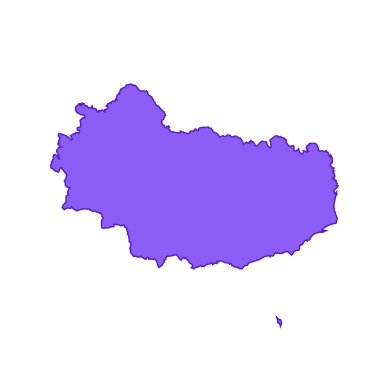 Annobon, Annobón, Equatorial Guinea (Albers equal-area conic projection), rotated 112°
{"feature_id": "11065452B47830871634702", "entity_name": "Annobon", "entity_type": "district", "adm_level": 2, "iso_a3": "GNQ", "parent_name": "Equatorial Guinea", "parent_adm1": "Annobón", "projection": "albers", "projection_center": [5.634, -1.431], "detail": "fine", "context": "isolated", "style": "filled", "palette": "violet", "viewbox_px": 384, "rotation_deg": 112, "n_neighbors": 0, "source": "geoboundaries", "source_scale": "gbopen_adm2", "svg_char_len": 6073}
<svg xmlns="http://www.w3.org/2000/svg" viewBox="0 0 384 384"><g transform="rotate(112 192 192)"><path d="M117.3,292.9L119.4,292.9L120.5,294.1L123.5,296.6L126.0,296.4L127.6,296.8L127.6,296.1L129.1,296.7L129.9,297.7L134.2,297.2L134.8,296.3L135.0,297.7L136.4,297.3L137.0,298.2L137.3,299.6L138.9,300.5L140.0,300.3L139.9,301.4L141.7,303.1L144.4,303.6L144.1,302.7L145.3,301.4L148.2,302.9L148.4,303.8L150.2,302.8L149.6,306.0L151.3,307.5L151.6,309.0L153.0,309.0L153.0,309.9L150.9,312.3L151.7,315.8L150.3,316.3L149.7,316.9L151.0,317.2L152.2,318.3L152.8,319.4L151.5,321.7L151.8,323.6L150.5,325.4L151.1,326.4L150.6,327.0L151.5,327.6L153.0,326.9L153.4,328.2L152.1,328.9L152.6,329.9L154.5,330.5L156.9,331.6L158.9,330.9L161.0,329.2L161.6,327.1L161.6,325.2L161.9,323.9L161.1,320.4L161.7,320.1L163.4,319.4L164.3,321.2L167.5,322.6L171.3,320.2L173.6,319.8L175.3,322.3L177.5,321.7L177.3,319.2L178.2,318.8L179.5,318.7L180.3,322.0L181.9,322.4L182.7,323.9L185.3,325.7L187.7,322.8L189.1,323.3L187.8,326.4L187.0,329.8L187.2,334.7L187.6,337.3L189.1,337.3L190.4,336.7L191.3,334.6L195.5,334.7L196.3,333.4L197.2,334.5L198.0,334.1L199.2,331.3L199.2,329.9L200.9,332.4L202.0,332.4L204.0,333.1L205.3,332.5L206.4,330.9L211.6,326.9L208.7,331.3L208.7,332.5L209.2,334.0L211.6,333.8L213.0,332.9L216.4,333.5L218.6,332.9L220.8,333.0L222.5,331.8L222.7,328.9L223.5,328.0L223.8,326.1L223.5,323.1L219.0,323.4L218.6,321.5L219.8,320.6L219.8,319.3L220.5,318.8L222.9,314.7L226.6,314.0L229.5,314.5L230.4,313.3L233.6,311.7L234.5,307.9L233.8,306.7L236.8,307.3L239.6,307.1L240.8,305.4L243.0,307.2L248.6,305.0L252.1,306.5L254.9,306.6L255.8,305.3L256.2,303.6L254.6,303.0L253.1,300.7L252.6,298.4L250.9,297.9L252.1,295.7L252.6,291.8L250.7,289.7L247.8,285.5L247.0,282.2L246.1,281.4L247.0,280.0L246.4,278.3L247.3,277.2L246.1,275.3L246.2,269.4L245.5,268.5L246.7,267.7L247.7,266.4L248.6,266.1L248.8,264.9L251.3,265.1L253.6,264.7L257.0,263.3L258.9,262.3L258.9,261.1L256.2,255.5L254.1,253.4L253.5,251.5L251.1,252.2L250.7,250.0L249.9,249.3L250.1,248.1L249.7,247.0L249.9,244.9L248.2,243.0L250.0,240.4L250.0,239.5L253.7,236.3L255.3,236.0L255.8,234.7L259.6,232.3L261.6,231.6L262.2,229.4L265.1,228.6L267.7,228.5L268.7,227.4L271.2,226.2L273.6,221.8L272.6,220.0L272.6,217.9L271.8,216.1L270.7,215.6L271.8,210.8L271.3,209.3L270.3,209.7L269.0,208.3L270.4,207.0L268.9,202.7L268.0,201.7L268.8,200.3L268.9,199.4L274.4,194.7L274.0,193.9L270.7,192.2L269.2,192.4L267.3,191.5L265.5,192.4L264.4,191.1L262.7,191.6L262.1,191.2L261.3,191.4L258.5,186.5L255.9,183.0L257.4,180.1L258.5,179.0L259.4,176.6L256.9,176.0L256.0,174.9L256.5,173.9L255.5,173.0L257.6,168.9L258.6,168.1L259.1,164.6L260.9,163.6L262.5,164.2L262.3,161.2L261.0,160.9L260.5,159.8L258.1,157.2L256.7,156.5L257.5,155.0L256.4,153.8L256.7,152.9L254.9,152.1L253.6,151.1L251.6,148.1L250.4,147.7L250.3,146.5L251.6,145.6L249.4,144.1L248.8,141.9L247.1,142.9L246.8,140.9L245.9,141.1L244.9,139.7L245.1,134.8L244.0,131.0L244.8,130.1L243.8,128.8L245.2,127.3L244.9,126.0L245.6,124.5L244.7,121.5L245.3,119.2L244.2,116.4L242.8,116.6L240.0,115.0L239.2,113.1L237.9,113.1L236.0,112.3L229.0,103.8L224.3,100.4L222.1,96.4L222.9,95.3L221.4,94.6L220.8,92.6L217.7,92.4L215.4,85.8L211.6,82.1L211.5,80.6L212.1,78.6L213.3,76.2L212.5,75.6L209.0,75.0L207.3,73.6L205.9,71.2L204.4,71.1L203.4,71.8L200.5,71.6L199.5,70.0L195.0,69.4L193.6,68.2L194.4,66.9L194.3,66.6L192.7,66.3L192.6,65.3L190.5,64.8L188.8,64.9L184.8,62.8L181.5,58.8L180.4,55.8L177.5,53.1L178.1,55.3L180.0,56.9L177.6,57.1L173.0,54.2L170.1,51.4L166.7,46.7L161.8,47.6L158.3,51.1L157.1,51.3L156.7,52.6L151.3,55.6L144.9,56.7L142.8,57.3L139.6,56.8L138.8,57.6L137.7,58.0L140.0,58.6L137.8,61.2L132.9,59.0L131.6,58.9L132.2,60.3L129.7,60.6L129.2,61.9L127.3,62.8L127.5,63.8L126.9,64.3L127.4,65.0L126.3,65.6L126.4,66.6L125.3,65.7L124.1,65.4L121.4,67.1L121.1,68.9L119.3,68.1L119.3,69.3L118.0,69.3L117.4,70.4L116.6,69.5L116.4,72.1L115.6,74.0L114.7,73.5L114.1,74.0L112.0,73.0L108.0,74.6L105.9,77.3L108.0,77.0L106.4,78.9L104.6,80.4L104.2,81.0L104.5,81.8L103.3,83.3L105.2,84.2L104.9,84.9L105.1,86.3L106.1,88.7L106.1,90.1L104.0,91.4L101.8,93.4L100.7,95.8L103.0,101.3L104.0,101.4L104.9,101.1L105.6,102.5L107.9,102.9L109.1,101.4L109.1,100.6L110.9,100.8L111.0,99.4L112.0,100.5L111.8,102.5L112.1,104.2L113.9,103.5L115.3,103.8L115.7,105.4L114.9,106.8L112.2,109.4L115.3,110.9L115.4,112.3L115.0,113.4L113.5,113.6L113.2,114.0L111.8,114.5L111.2,115.4L111.5,116.4L112.5,117.2L113.2,119.7L111.5,121.7L110.9,123.2L108.5,123.9L108.1,124.8L108.2,125.8L107.6,126.3L107.5,127.7L108.1,128.5L107.7,129.4L107.5,131.2L108.6,132.1L108.0,133.6L108.4,134.9L109.4,136.2L114.8,139.1L116.6,137.7L118.0,137.1L119.0,135.9L120.6,135.6L121.7,136.3L120.8,138.7L119.7,140.6L118.6,140.9L117.7,141.7L118.4,143.9L118.6,146.0L121.8,148.0L123.1,147.9L124.9,149.2L125.4,150.6L124.2,151.7L122.5,154.5L122.4,156.6L123.7,156.0L123.8,157.6L125.4,157.2L125.8,159.1L125.3,160.1L126.8,161.2L128.7,162.1L125.7,164.7L124.0,167.3L124.5,168.7L123.5,171.1L124.1,173.2L126.0,175.2L125.8,177.2L125.1,178.1L125.7,179.1L125.6,180.0L127.8,181.7L128.5,182.9L128.2,184.2L130.8,187.1L129.5,188.4L128.2,191.4L128.5,193.1L128.3,195.0L126.8,196.4L125.7,198.1L126.2,199.1L125.7,201.3L127.2,203.7L127.4,205.3L128.3,206.1L128.6,207.6L129.6,208.7L131.0,209.6L132.6,209.3L133.2,210.6L132.3,211.7L132.4,212.7L135.4,213.5L135.3,214.4L136.2,216.1L139.0,216.8L140.0,221.4L139.7,222.0L140.0,223.9L139.6,225.1L141.0,225.6L141.8,225.3L143.1,230.0L143.9,234.5L143.4,235.0L143.4,235.8L142.5,236.2L142.4,237.0L141.6,238.0L140.3,237.2L139.5,238.5L140.5,239.7L142.1,240.3L142.1,241.8L140.6,242.6L140.8,244.2L139.0,246.1L136.8,246.8L135.4,245.5L132.1,245.9L130.9,245.1L128.1,248.1L128.1,248.9L126.6,252.6L125.2,254.6L124.7,257.9L122.7,260.0L122.2,261.3L120.6,262.7L120.1,263.9L118.9,264.9L119.1,265.8L118.7,266.3L118.4,268.7L117.4,269.8L116.1,270.7L115.4,272.2L116.2,272.4L116.3,274.5L117.7,277.2L117.2,279.5L114.7,283.5L114.5,285.1L115.3,287.2L114.6,288.2L115.3,289.9L117.0,292.0L117.3,292.9ZM276.4,66.5L279.0,64.5L280.7,63.9L281.8,60.8L283.3,59.8L280.2,59.7L277.3,61.9L277.6,63.7L276.4,66.5Z" fill="#8b5cf6" stroke="#5b21b6" stroke-width="1.5"/></g></svg>